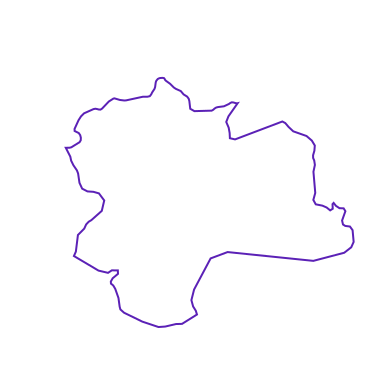 North Khorasan, Albers equal-area conic projection, rotated 337°
{"feature_id": "IRN-3246", "entity_name": "North Khorasan", "entity_type": "Province", "adm_level": 1, "iso_a3": "IRN", "parent_name": "Iran", "parent_adm1": "", "projection": "albers", "projection_center": [57.06, 37.45], "detail": "fine", "context": "isolated", "style": "outline", "palette": "violet", "viewbox_px": 384, "rotation_deg": 337, "n_neighbors": 0, "source": "natural_earth", "source_scale": "10m", "svg_char_len": 1936}
<svg xmlns="http://www.w3.org/2000/svg" viewBox="0 0 384 384"><g transform="rotate(337 192 192)"><path d="M205.8,74.5L207.1,74.6L209.4,75.4L210.7,76.2L211.0,77.2L211.0,78.2L211.5,79.5L214.1,83.8L216.1,88.7L217.4,90.7L221.1,94.7L222.4,98.9L224.8,102.3L225.4,104.8L225.1,107.2L222.9,114.7L225.8,118.5L241.9,124.8L243.7,124.6L245.4,124.0L247.3,123.7L249.2,124.0L254.9,125.6L260.4,125.4L262.1,125.0L263.7,125.0L265.3,125.9L266.7,127.1L268.1,128.0L268.7,128.1L255.1,136.6L250.9,140.9L250.9,147.1L249.7,152.4L247.9,157.3L252.2,160.4L302.7,162.4L304.8,165.0L306.3,169.8L308.9,175.7L319.3,185.2L322.4,191.5L323.2,197.2L320.8,201.8L317.8,205.5L316.8,208.0L316.8,210.8L315.7,215.1L311.7,220.8L305.1,241.0L300.6,246.7L301.1,251.7L306.7,255.5L309.9,258.9L312.0,262.9L315.0,262.4L316.6,258.1L318.1,257.4L319.1,261.0L321.4,264.5L325.2,266.3L325.7,269.6L319.0,276.9L318.3,280.9L319.8,283.1L323.9,285.5L324.9,289.9L321.3,301.1L317.0,305.1L308.4,307.4L276.8,302.8L201.3,261.2L183.2,260.4L155.8,282.6L149.2,291.3L148.3,297.8L149.1,302.8L148.7,306.7L131.3,309.5L125.7,307.3L114.8,305.4L108.4,303.2L95.6,291.9L82.3,276.6L80.2,272.1L80.6,269.3L82.9,260.8L83.5,251.2L83.0,247.4L82.3,245.9L81.6,244.7L82.3,242.7L85.3,240.4L91.9,238.4L93.1,235.2L87.6,232.8L83.1,233.6L75.2,227.8L58.3,204.8L61.8,201.5L70.2,187.0L78.5,183.6L81.9,180.5L85.3,179.0L88.3,178.6L101.6,174.1L107.9,165.5L105.8,156.9L101.3,153.3L96.0,150.6L92.2,146.0L92.0,139.6L94.4,130.4L94.5,127.1L93.3,121.1L93.0,115.9L93.8,111.9L93.1,102.0L96.6,103.4L98.4,103.7L108.0,102.2L109.8,100.9L110.9,98.6L111.3,96.0L110.8,93.5L107.8,90.0L108.5,88.1L115.6,81.6L119.4,79.0L123.4,77.4L133.7,77.2L135.6,77.6L137.1,78.6L138.5,79.7L140.0,80.4L141.8,80.1L150.8,76.2L156.1,75.3L157.2,75.5L161.6,79.1L165.4,81.3L167.1,81.9L183.9,85.1L188.3,86.9L190.6,87.3L192.6,86.2L194.2,84.8L197.8,82.4L199.1,80.9L201.4,77.0L201.7,76.6L202.7,75.6L204.6,74.6L205.8,74.5Z" fill="none" stroke="#5b21b6" stroke-width="2"/></g></svg>